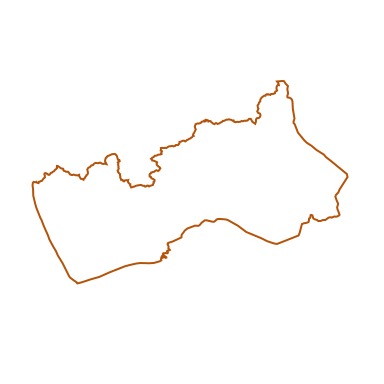 outline of Boon Neua, Phôngsali, Laos, rotated 71°
{"feature_id": "54806243B32733384276808", "entity_name": "Boon Neua", "entity_type": "district", "adm_level": 2, "iso_a3": "LAO", "parent_name": "Laos", "parent_adm1": "Phôngsali", "projection": "natural_earth1", "projection_center": [101.793, 21.686], "detail": "fine", "context": "isolated", "style": "outline", "palette": "amber", "viewbox_px": 384, "rotation_deg": 71, "n_neighbors": 0, "source": "geoboundaries", "source_scale": "gbopen_adm2", "svg_char_len": 6070}
<svg xmlns="http://www.w3.org/2000/svg" viewBox="0 0 384 384"><g transform="rotate(71 192 192)"><path d="M228.5,40.1L225.5,39.7L208.4,50.2L202.4,54.1L199.6,55.1L192.8,60.6L187.3,63.9L183.0,67.3L179.7,69.0L170.3,72.5L161.4,72.8L159.8,73.5L158.2,72.9L156.0,71.2L146.3,69.6L139.3,67.6L137.6,67.4L135.9,67.9L134.7,69.1L133.6,70.9L132.2,70.6L130.0,69.0L125.8,68.4L123.0,66.8L120.1,68.2L117.4,68.8L116.6,69.8L115.2,75.6L117.3,74.9L119.2,75.1L118.7,76.0L119.5,77.2L120.2,77.8L121.8,78.5L123.8,78.5L124.2,80.5L124.7,81.0L125.6,81.4L125.7,83.3L125.1,85.3L125.7,86.3L124.6,87.7L124.7,88.5L124.0,89.1L123.9,89.8L124.1,90.5L124.9,91.2L124.5,92.1L124.5,92.6L124.8,93.4L125.0,94.5L126.0,96.4L127.2,97.5L128.4,97.9L129.0,98.8L129.2,99.5L130.7,100.5L131.5,101.8L133.9,102.3L134.8,102.0L137.1,104.1L138.9,103.6L139.9,102.3L141.1,102.1L142.2,102.5L143.1,103.3L143.6,104.2L143.8,105.1L143.3,106.3L143.5,107.1L144.8,108.2L145.9,108.4L148.1,110.0L145.4,112.0L143.4,112.4L142.4,112.4L141.6,113.4L141.5,114.2L141.8,115.1L142.4,115.9L142.5,116.7L142.2,117.4L142.2,118.1L141.7,118.8L141.7,120.1L141.5,121.3L141.0,122.0L141.3,123.4L140.9,125.3L140.5,126.0L140.1,128.3L139.3,129.3L137.9,129.4L137.9,130.4L136.8,131.1L135.3,133.4L135.2,134.8L134.8,135.7L135.1,138.2L135.1,139.2L134.8,139.6L135.4,140.8L136.0,144.0L136.0,145.7L135.2,146.2L134.6,146.9L135.1,148.8L133.8,150.1L133.1,150.3L132.2,151.0L131.0,151.4L130.6,152.2L130.7,153.6L129.3,153.7L128.1,155.8L128.4,156.1L129.5,155.9L129.6,156.1L129.4,157.3L128.6,157.7L129.0,158.8L128.7,159.7L128.7,160.1L129.4,160.9L129.6,161.5L129.4,163.6L129.0,164.3L129.1,166.6L131.0,168.0L132.9,168.2L134.0,168.0L136.9,170.9L137.3,171.7L138.5,172.4L139.3,172.2L139.1,172.9L139.6,173.1L140.1,173.8L140.3,174.5L140.3,175.2L140.8,175.8L140.8,177.4L141.2,178.6L141.2,179.8L142.0,181.8L141.7,182.3L141.0,182.7L140.5,184.1L140.8,186.5L140.6,187.5L142.2,188.3L142.4,189.1L143.1,189.9L142.3,192.1L142.9,193.0L142.7,193.5L142.9,194.5L141.8,196.1L141.8,197.3L141.4,198.6L141.4,199.5L142.1,202.0L141.5,202.9L141.2,204.5L140.6,205.6L140.3,207.1L140.9,207.2L142.6,208.1L143.4,207.2L143.9,207.2L145.1,208.5L146.1,208.3L146.3,208.4L146.2,209.7L145.7,212.0L146.1,213.5L145.6,215.4L146.4,216.8L146.6,218.3L147.3,219.9L148.1,219.3L149.2,219.4L150.2,217.6L152.6,215.3L154.0,216.4L155.5,216.3L156.3,215.7L157.0,215.5L157.7,214.7L159.2,214.2L159.6,214.9L160.3,215.3L161.1,216.9L160.9,217.5L159.8,218.6L160.2,220.6L160.6,221.1L160.3,222.6L160.5,223.2L160.3,224.3L161.0,224.8L161.1,225.7L161.6,226.4L162.4,226.7L162.9,226.7L163.6,227.0L164.4,225.9L165.8,225.9L167.4,224.2L168.5,223.5L169.7,224.0L170.1,225.2L171.0,225.2L171.7,226.1L172.6,226.6L172.6,229.2L172.4,229.6L172.8,230.7L172.5,231.1L171.5,231.6L171.4,232.7L171.8,233.7L171.8,234.1L171.5,234.7L170.6,235.0L170.1,236.5L169.1,237.4L168.5,238.6L167.8,243.3L168.2,244.6L167.9,245.6L168.0,246.9L167.9,248.0L165.5,248.3L164.6,247.8L164.1,248.4L163.5,248.5L162.8,249.0L161.9,249.2L160.7,249.1L160.0,248.6L160.0,249.2L159.4,250.3L159.4,251.1L159.2,251.7L159.8,252.9L159.2,253.5L158.0,253.7L157.4,255.1L156.6,254.9L154.8,255.2L154.4,254.8L152.5,254.6L151.7,254.2L150.3,255.0L149.7,255.0L149.3,255.4L148.5,255.3L147.6,255.4L146.9,254.4L145.8,253.6L145.0,253.7L143.8,253.1L142.2,253.1L141.7,252.6L140.7,252.3L140.0,252.6L139.6,252.0L139.4,250.4L139.2,250.3L138.1,250.3L137.8,251.2L137.4,251.5L133.4,251.3L131.2,252.2L130.8,253.1L130.2,255.3L130.6,259.2L130.5,260.0L130.8,260.5L130.9,261.1L131.6,261.5L131.7,262.4L133.5,263.7L134.6,264.2L137.8,263.8L136.7,265.4L136.7,266.5L136.0,267.8L134.5,269.0L134.1,270.2L134.3,270.7L134.1,271.7L133.1,273.6L133.3,275.3L134.3,276.9L134.1,278.5L135.3,280.7L135.2,281.4L135.3,282.0L136.1,283.2L136.9,283.8L139.1,283.9L140.8,284.5L141.6,285.7L141.7,286.4L142.4,286.8L143.1,288.1L144.1,289.0L144.2,289.9L145.1,290.6L144.1,291.4L143.3,292.8L140.2,293.5L139.0,293.1L139.0,295.1L138.4,296.0L138.2,296.7L137.0,298.2L137.0,299.7L136.5,300.7L135.8,301.1L135.5,301.7L133.6,302.1L132.5,302.6L132.5,303.1L132.0,303.8L131.8,304.6L130.9,305.3L130.5,306.1L129.5,306.5L128.3,306.2L127.9,306.4L127.1,308.1L124.5,309.8L123.8,310.4L123.4,311.2L124.4,311.7L125.4,311.8L126.3,313.4L126.4,314.3L127.4,315.6L127.6,317.1L128.1,318.1L128.0,319.3L129.3,321.1L129.0,322.1L128.4,322.6L127.9,322.7L127.7,323.1L126.5,324.1L126.4,325.3L127.4,325.9L128.3,325.8L130.3,326.3L131.0,328.2L132.5,330.1L132.6,330.7L132.4,331.6L132.7,332.3L132.5,333.4L133.6,334.2L132.8,335.5L131.7,335.8L131.8,337.0L130.9,338.5L131.6,339.5L133.1,340.3L134.5,340.8L137.1,341.2L143.9,343.3L152.0,344.1L156.6,344.3L167.0,343.8L169.4,343.4L176.0,343.2L186.1,342.3L190.3,342.3L198.3,341.0L203.6,339.9L208.4,339.5L217.4,337.5L231.8,335.6L233.4,335.0L236.3,333.1L240.0,330.4L241.1,330.2L241.5,325.5L241.6,316.7L242.1,307.4L241.1,295.5L240.4,280.2L240.7,275.2L241.5,267.9L242.3,264.1L245.5,255.5L246.7,251.0L247.0,245.3L246.7,243.4L246.3,243.5L245.1,243.0L244.8,241.8L243.7,242.2L242.7,241.0L243.0,240.7L244.4,240.0L244.6,239.8L244.7,238.6L245.4,238.6L245.7,238.4L245.6,237.6L245.1,237.6L242.6,239.5L241.0,239.6L240.6,239.1L241.0,238.0L241.0,237.1L241.5,236.4L241.9,235.0L241.5,234.5L239.9,234.9L239.5,234.6L239.5,234.1L239.8,233.7L239.6,231.8L239.1,231.9L238.0,232.6L237.5,232.7L236.1,231.9L233.4,232.1L233.1,231.5L232.5,231.3L232.4,230.8L232.5,226.2L231.5,216.8L229.2,215.8L226.1,211.3L225.0,208.2L224.8,200.1L226.0,197.2L225.9,195.8L224.1,192.7L223.0,189.1L223.4,187.7L226.7,182.4L227.3,180.8L226.9,179.4L226.0,177.6L226.0,176.2L226.7,174.1L228.8,169.3L230.0,167.4L238.8,159.6L247.5,153.7L258.2,141.6L263.0,136.9L267.3,131.3L268.8,128.5L268.5,120.6L267.8,105.4L265.5,103.4L258.1,98.5L258.0,96.6L258.4,94.0L258.4,91.7L257.2,90.8L255.4,90.1L255.1,89.7L255.1,89.1L254.6,88.5L252.4,87.3L252.4,86.9L253.2,85.8L256.4,85.9L257.5,85.1L259.4,82.7L260.6,82.0L261.3,79.6L261.1,77.4L261.9,75.1L260.9,71.9L260.7,70.5L261.1,68.9L261.7,68.3L261.5,65.2L262.1,64.3L262.4,62.7L262.1,60.8L261.6,59.9L258.4,59.9L256.4,60.1L253.8,59.8L251.1,57.9L250.2,57.6L248.4,57.9L243.1,58.0L241.7,56.9L240.0,53.7L237.6,51.6L228.5,40.1Z" fill="none" stroke="#b45309" stroke-width="2"/></g></svg>